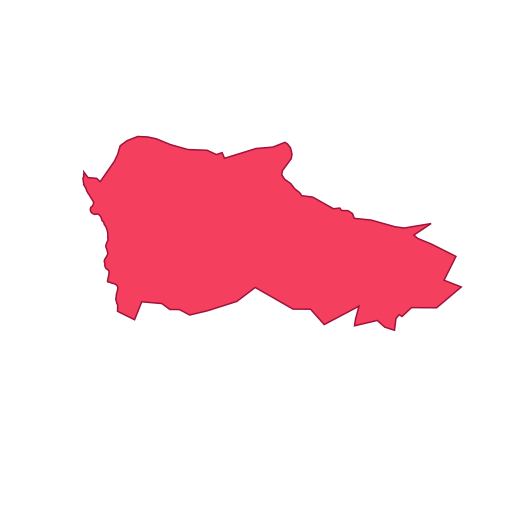 outline of Artashat, Ararat, Armenia, rotated 32°
{"feature_id": "60910142B11661683743390", "entity_name": "Artashat", "entity_type": "district", "adm_level": 2, "iso_a3": "ARM", "parent_name": "Armenia", "parent_adm1": "Ararat", "projection": "mercator", "projection_center": [44.574, 40.021], "detail": "fine", "context": "isolated", "style": "filled", "palette": "rose", "viewbox_px": 512, "rotation_deg": 32, "n_neighbors": 0, "source": "geoboundaries", "source_scale": "gbopen_adm2", "svg_char_len": 2028}
<svg xmlns="http://www.w3.org/2000/svg" viewBox="0 0 512 512"><g transform="rotate(32 256 256)"><path d="M220.3,144.3L212.6,154.7L199.1,164.8L177.5,189.8L172.5,186.3L168.6,191.0L158.6,192.2L141.8,201.8L136.7,203.3L124.2,206.9L109.5,209.4L100.9,212.5L92.4,217.3L85.5,226.6L82.4,234.5L84.8,243.0L85.7,250.8L84.5,275.5L79.7,274.6L72.0,278.5L65.5,276.0L66.4,277.3L66.7,278.2L67.0,278.8L67.7,279.4L67.9,281.1L68.4,282.4L69.5,283.5L70.6,285.0L71.4,285.8L72.1,286.9L73.6,287.6L74.9,288.3L76.2,289.0L78.0,290.5L80.5,291.9L82.7,292.8L89.4,296.2L90.0,296.7L90.6,298.4L90.8,300.5L90.1,302.3L90.6,304.0L91.7,305.4L93.3,306.4L95.3,306.6L97.3,306.1L98.6,305.1L99.0,304.8L99.6,304.1L101.7,304.3L103.6,305.0L105.6,306.6L107.0,307.7L108.8,307.9L109.8,308.9L110.4,309.5L110.8,309.8L112.3,310.3L114.8,311.9L116.6,313.5L117.9,314.9L119.6,317.2L120.4,318.9L121.7,320.3L122.2,321.5L122.3,323.3L122.7,325.4L123.2,327.0L124.1,328.1L126.0,329.5L127.5,330.8L129.2,332.7L129.5,335.0L129.5,337.0L129.5,338.7L129.9,340.6L130.4,341.3L131.8,342.4L132.9,344.3L134.4,345.6L136.1,346.2L138.5,346.2L139.8,347.3L141.1,349.8L142.1,352.6L143.1,355.3L143.6,356.4L144.9,356.3L146.3,355.7L148.3,355.4L149.6,354.9L150.1,354.7L152.6,354.5L155.0,355.2L156.1,357.1L156.3,357.6L157.3,360.3L157.7,362.1L158.9,364.4L160.0,367.0L161.6,368.4L163.1,370.0L164.6,370.8L167.9,376.3L186.8,374.4L183.4,355.4L201.4,346.2L211.3,347.0L219.5,342.0L231.0,341.2L244.1,327.9L263.8,304.7L272.0,283.1L315.6,281.4L330.4,272.2L350.2,278.0L369.9,244.0L374.0,257.2L376.5,263.0L393.0,246.4L402.9,248.1L412.8,245.6L407.8,234.8L408.6,229.9L411.9,229.9L415.2,217.4L436.6,204.2L446.5,173.5L428.3,176.9L425.8,150.4L398.6,152.9L383.7,155.4L378.8,154.6L387.3,135.7L370.8,150.2L367.1,153.6L358.5,157.5L334.6,164.5L319.4,172.0L315.4,168.9L309.9,168.8L304.4,172.1L301.7,170.9L296.6,174.9L272.8,176.0L262.9,180.6L259.2,179.1L253.2,178.5L247.2,176.2L239.5,175.7L234.7,173.4L233.2,169.4L234.3,154.8L232.6,150.6L228.0,146.0L223.4,144.3L220.3,144.3Z" fill="#f43f5e" stroke="#9f1239" stroke-width="1.5"/></g></svg>